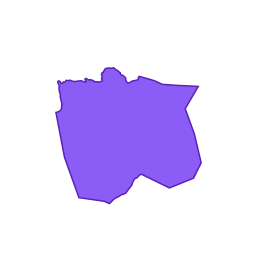 the district of La Union, Lempira, Honduras, rotated 143°
{"feature_id": "27666195B27008229241101", "entity_name": "La Union", "entity_type": "district", "adm_level": 2, "iso_a3": "HND", "parent_name": "Honduras", "parent_adm1": "Lempira", "projection": "natural_earth1", "projection_center": [-88.424, 14.805], "detail": "fine", "context": "isolated", "style": "filled", "palette": "violet", "viewbox_px": 256, "rotation_deg": 143, "n_neighbors": 0, "source": "geoboundaries", "source_scale": "gbopen_adm2", "svg_char_len": 5379}
<svg xmlns="http://www.w3.org/2000/svg" viewBox="0 0 256 256"><g transform="rotate(143 128 128)"><path d="M127.0,185.7L127.0,185.8L127.0,186.1L127.2,186.6L127.3,186.9L127.5,187.1L128.0,187.9L128.7,188.9L128.9,189.2L129.0,189.3L129.4,189.5L129.7,189.5L129.8,189.6L130.1,189.8L130.3,190.1L130.6,190.4L130.8,190.8L130.9,191.1L131.1,191.7L131.2,192.0L131.3,192.2L131.5,192.5L131.7,192.8L131.9,193.0L132.0,193.1L132.3,193.1L132.5,193.1L132.8,193.0L132.9,192.9L133.0,192.8L133.1,192.7L133.3,192.1L133.4,191.6L133.7,190.7L133.8,190.3L133.9,190.0L134.0,189.9L134.2,190.0L134.3,190.1L134.6,190.4L134.8,190.6L135.0,190.8L135.7,191.8L135.9,192.2L136.2,192.8L136.4,193.1L136.5,193.3L136.7,193.6L136.9,193.8L137.1,194.0L137.5,194.3L137.8,194.5L142.1,196.9L142.5,197.1L142.8,197.4L143.1,197.7L143.5,198.0L143.8,198.4L144.1,198.7L144.6,199.5L145.0,200.1L145.1,200.4L145.3,200.8L145.4,201.0L145.5,201.0L146.5,201.5L147.1,201.7L147.8,202.4L148.3,202.9L148.4,203.1L148.5,203.1L148.8,203.2L149.1,203.1L149.4,203.1L149.8,203.0L150.2,202.8L150.3,202.8L150.5,202.7L150.8,202.7L151.0,202.8L151.4,202.9L151.5,203.0L151.6,203.4L151.7,203.5L151.8,203.5L152.2,203.6L152.4,203.6L152.6,203.5L152.7,203.4L153.1,203.2L153.4,203.1L153.6,203.1L153.8,203.2L154.0,203.3L154.3,203.5L154.4,203.8L154.5,204.0L154.5,204.3L154.5,204.6L154.4,204.8L154.3,205.4L154.3,205.8L154.3,206.1L154.3,206.3L154.4,206.5L154.5,206.7L154.6,206.9L154.8,207.1L155.1,207.3L155.3,207.4L155.6,207.5L155.8,207.5L156.1,207.4L156.3,207.2L156.4,206.9L156.8,206.2L156.9,205.8L157.0,205.4L157.2,204.7L157.2,204.2L157.3,203.7L157.4,203.4L158.3,202.3L159.5,200.8L159.7,200.6L159.9,200.3L160.6,198.9L161.0,197.9L161.3,197.3L161.6,196.2L161.9,195.7L162.0,195.4L162.2,195.1L162.4,194.9L162.6,194.6L162.9,194.3L163.0,194.0L163.4,193.5L163.8,192.7L164.3,191.6L164.5,191.1L164.9,190.3L165.4,189.1L165.6,188.6L165.8,188.1L166.1,187.5L166.4,187.0L166.8,186.5L167.1,186.1L168.0,185.1L168.6,184.5L169.4,183.7L169.8,183.3L169.9,183.2L170.1,183.1L170.4,183.0L171.1,182.8L171.8,182.7L172.4,182.7L172.7,182.7L173.0,182.7L174.7,183.2L176.2,183.8L196.4,142.7L209.1,101.9L190.8,83.5L190.6,82.9L190.5,82.6L190.4,82.4L190.2,82.0L189.9,81.6L189.7,81.4L189.6,81.1L189.1,80.1L188.9,79.6L188.6,79.2L188.4,79.0L188.3,78.9L188.2,78.9L187.9,78.8L187.0,78.9L185.7,79.1L184.5,79.3L183.4,79.5L182.7,79.6L182.3,79.6L181.2,79.6L180.0,79.5L179.2,79.4L178.7,79.3L178.2,79.2L177.6,79.0L177.2,78.9L176.7,78.9L175.7,78.8L174.8,78.8L173.9,78.7L173.5,78.6L173.3,78.6L173.0,78.5L172.3,78.2L171.8,78.0L171.4,77.9L170.8,77.7L170.1,77.5L169.8,77.4L169.4,77.4L169.0,77.4L168.5,77.5L168.0,77.6L167.2,77.9L166.4,78.2L164.9,78.6L160.7,79.7L159.4,80.1L159.1,80.2L158.5,80.7L158.0,81.0L156.8,81.8L156.5,82.1L156.2,82.2L155.6,82.5L154.9,82.8L154.1,83.0L153.6,83.2L153.2,83.3L152.9,83.3L152.5,83.3L152.1,83.3L151.9,83.2L151.7,83.2L151.4,83.0L151.2,82.9L150.9,82.8L150.4,82.9L149.8,83.0L149.3,83.1L148.3,83.3L147.9,83.4L147.7,83.4L147.0,83.4L146.5,83.4L146.3,83.4L146.1,83.4L145.8,83.2L145.6,83.1L145.3,82.9L144.9,82.6L131.0,55.2L105.8,48.5L90.5,56.2L78.5,83.5L70.7,109.0L46.9,118.9L54.6,125.4L63.4,132.7L74.4,142.3L78.0,149.1L81.0,153.4L87.9,162.4L88.7,162.4L88.9,162.3L89.1,162.2L89.4,162.0L89.7,161.8L89.8,161.6L89.9,161.4L90.0,161.2L90.1,160.9L90.4,160.7L90.7,160.6L90.9,160.6L91.2,160.6L91.4,160.7L91.6,160.8L92.3,161.1L92.5,161.2L93.9,161.7L94.4,162.0L94.8,162.2L95.5,162.6L95.9,162.8L96.2,162.9L96.5,163.0L97.5,163.0L98.1,163.1L98.9,163.2L99.7,163.4L100.0,163.5L100.3,163.6L100.6,163.8L100.7,164.0L100.9,164.1L101.0,164.3L101.1,164.6L101.2,164.8L101.3,165.1L101.3,165.4L101.3,165.7L101.3,166.1L101.2,166.5L101.0,167.2L100.9,167.5L100.6,168.1L100.2,168.7L99.9,169.2L99.8,169.4L99.7,169.6L99.7,169.8L99.7,170.1L99.8,170.3L99.9,170.6L100.1,170.8L100.2,171.1L100.2,171.4L100.2,171.9L100.3,172.3L100.3,172.7L100.4,173.2L100.5,173.3L100.7,173.5L100.9,173.6L101.3,174.0L101.4,174.3L101.5,174.5L101.6,174.9L101.6,175.2L101.6,175.4L101.6,175.6L101.5,175.9L101.4,176.1L101.1,176.3L101.0,176.6L101.0,176.8L101.0,177.2L101.1,177.4L101.3,177.9L101.5,178.8L101.6,179.5L101.8,180.3L101.8,180.7L101.9,180.8L102.0,180.9L102.2,181.0L102.3,181.1L102.4,181.3L102.5,181.5L102.7,181.9L102.8,182.3L102.8,182.5L102.8,182.8L102.7,183.2L102.7,183.4L102.8,183.7L102.9,184.0L103.0,184.3L103.1,184.5L103.3,184.8L103.5,185.0L103.9,185.1L104.7,185.3L104.9,185.3L105.1,185.4L105.3,185.6L105.7,186.0L105.9,186.2L106.4,186.8L106.8,187.2L107.1,187.4L107.4,187.6L107.7,187.8L107.9,187.9L108.0,188.0L108.3,188.0L108.5,188.1L109.3,188.6L109.9,188.9L110.3,189.0L110.5,189.0L111.3,188.7L112.1,188.3L112.3,188.3L112.6,188.3L112.8,188.3L113.0,188.2L113.5,187.9L113.7,187.7L113.8,187.6L113.9,187.3L114.0,187.3L114.1,187.2L114.3,187.2L114.8,187.4L115.2,187.6L115.4,187.7L115.5,187.7L115.9,187.4L116.4,187.1L117.0,186.6L117.1,186.4L117.2,186.2L117.4,186.0L117.5,185.3L117.7,184.9L118.0,184.2L118.2,183.8L118.3,183.8L118.3,183.7L118.7,183.6L118.9,183.5L119.2,183.5L119.3,183.5L119.3,183.4L119.5,183.0L119.6,182.7L119.6,182.1L119.7,181.8L119.7,181.6L119.8,181.4L120.0,181.2L120.4,181.1L120.6,181.1L121.2,181.3L121.6,181.5L122.1,181.7L122.4,181.8L122.9,181.9L123.2,182.0L123.4,182.1L123.7,182.2L123.8,182.3L124.0,182.5L124.3,182.9L124.5,183.2L124.9,183.6L125.5,184.1L126.0,184.5L126.4,184.7L126.5,184.8L126.8,184.8L127.0,184.9L127.1,185.0L127.1,185.3L127.1,185.5L127.0,185.7Z" fill="#8b5cf6" stroke="#5b21b6" stroke-width="1.5"/></g></svg>